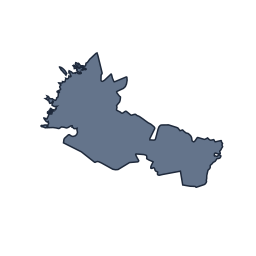 map outline of Astrakhan' (Albers equal-area conic projection), rotated 150°
{"feature_id": "RUS-2388", "entity_name": "Astrakhan'", "entity_type": "Region", "adm_level": 1, "iso_a3": "RUS", "parent_name": "Russia", "parent_adm1": "", "projection": "albers", "projection_center": [47.293, 47.158], "detail": "fine", "context": "isolated", "style": "filled", "palette": "slate", "viewbox_px": 256, "rotation_deg": 150, "n_neighbors": 0, "source": "natural_earth", "source_scale": "10m", "svg_char_len": 5928}
<svg xmlns="http://www.w3.org/2000/svg" viewBox="0 0 256 256"><g transform="rotate(150 128 128)"><path d="M109.1,51.3L104.2,64.4L121.1,70.4L124.4,71.4L125.1,71.9L125.6,72.6L125.6,73.1L125.1,74.1L124.3,75.0L124.5,75.4L125.4,76.6L125.7,77.6L125.3,79.3L125.3,80.3L125.8,80.9L127.6,81.1L128.3,81.8L127.8,82.8L126.4,84.0L123.2,86.1L123.5,86.7L125.8,89.7L127.1,91.9L127.0,92.4L126.4,93.1L125.8,94.6L125.9,95.2L126.5,96.0L127.6,97.1L134.0,101.5L134.5,101.4L134.8,100.4L135.0,98.1L135.0,95.0L135.1,94.2L135.8,93.8L136.5,93.8L143.9,97.3L157.4,97.0L159.7,98.1L161.8,99.9L168.4,110.9L170.1,113.3L171.1,114.2L172.3,114.6L173.6,114.7L174.1,115.1L180.3,130.7L191.3,147.4L189.4,149.9L188.3,150.8L183.0,151.9L182.1,151.5L181.2,149.6L180.6,148.8L179.9,148.2L177.8,147.6L175.7,148.0L173.9,149.5L173.1,152.1L172.2,153.2L173.6,153.6L174.9,154.3L175.2,154.9L175.5,156.3L176.1,156.7L175.3,157.9L176.4,158.4L179.7,158.4L181.1,158.7L182.0,159.5L183.0,160.6L185.1,162.2L187.8,162.0L188.6,162.4L190.1,163.9L192.7,165.9L199.6,169.6L200.9,171.3L202.1,172.3L202.4,172.8L202.2,173.4L201.6,173.5L200.4,172.7L198.6,172.2L197.3,171.5L196.6,170.6L197.5,169.7L196.9,169.3L196.5,169.6L195.8,170.8L194.7,171.4L194.3,171.9L194.5,172.6L194.0,173.0L193.8,173.6L194.8,173.6L195.4,174.2L195.7,175.1L196.0,178.3L195.8,178.7L195.1,178.1L194.2,176.7L193.8,176.4L193.2,176.5L192.5,177.5L191.6,177.7L190.3,178.9L189.5,179.3L189.5,179.6L190.3,181.0L189.8,182.0L189.5,182.2L189.3,181.9L189.2,180.9L188.8,179.8L188.3,179.0L187.6,178.6L187.9,180.3L187.9,181.1L187.4,180.6L186.7,179.4L186.1,179.0L185.9,179.4L186.6,180.2L187.2,181.5L187.5,182.6L186.9,182.8L186.3,182.1L186.0,181.1L185.4,180.3L184.5,180.1L185.5,181.3L185.8,182.1L185.8,183.2L185.5,183.7L185.2,183.7L184.9,183.3L184.8,182.7L184.2,181.7L182.9,180.6L181.8,180.1L181.3,180.8L181.1,180.8L180.8,180.5L180.5,180.6L180.2,181.2L180.0,182.1L178.7,182.3L180.9,183.3L182.4,185.6L181.7,186.8L180.4,187.5L179.5,188.2L179.8,188.9L180.6,188.3L181.4,188.1L182.8,188.2L183.3,188.4L183.4,189.0L183.3,189.6L182.9,190.6L183.0,191.0L183.5,191.6L183.5,192.3L184.4,193.8L184.8,194.7L183.8,194.2L183.1,194.7L182.3,194.9L182.1,195.2L182.1,196.2L181.4,195.4L181.1,194.4L181.2,193.4L181.9,192.7L181.2,192.7L180.8,192.5L179.7,191.5L179.0,191.3L178.9,191.2L178.6,190.3L177.7,188.9L176.9,188.2L176.3,188.4L175.1,189.1L174.7,189.8L173.2,189.9L172.1,191.1L170.7,193.6L170.1,193.1L169.6,193.2L169.4,193.5L169.6,194.1L171.2,194.4L171.4,194.8L170.9,195.2L167.5,195.0L167.0,195.2L166.8,195.6L166.8,197.1L166.6,197.8L166.3,198.1L165.6,198.5L164.7,198.7L164.6,198.9L164.7,199.6L165.4,200.9L165.4,201.7L163.2,200.2L162.0,200.0L161.5,201.0L160.0,199.7L159.6,199.6L159.0,199.9L158.4,200.8L157.5,201.3L157.3,201.6L157.1,202.2L156.2,201.1L155.7,200.7L154.3,201.2L153.1,202.6L153.0,202.4L152.4,201.2L151.8,201.1L151.4,201.4L151.3,202.0L151.3,203.3L150.9,204.4L151.0,204.9L151.6,205.2L151.1,206.3L150.4,207.0L148.9,204.8L148.5,203.2L148.0,202.8L146.9,202.5L146.3,201.8L145.9,202.2L144.9,202.0L144.5,201.3L144.1,200.3L143.3,199.4L141.9,198.8L141.2,198.7L140.9,199.2L141.0,200.2L141.3,200.3L141.8,200.1L142.3,200.1L142.3,200.3L142.8,201.4L143.5,201.9L143.4,203.0L143.5,203.8L142.9,204.0L143.1,204.6L142.9,205.5L143.4,205.9L144.8,206.3L144.2,207.8L144.2,208.5L144.5,209.5L143.6,209.5L143.2,209.0L142.6,207.0L142.1,206.1L140.5,204.1L140.1,203.9L138.4,204.0L137.5,203.0L136.6,202.7L136.8,202.2L137.4,201.5L139.2,201.5L138.4,200.8L136.4,200.6L136.0,199.9L135.4,199.7L134.9,199.8L134.8,200.3L134.9,200.7L135.9,201.7L136.0,202.9L136.5,203.6L137.2,203.6L137.9,204.7L139.6,204.9L140.3,205.2L140.9,206.0L140.8,206.4L141.6,209.1L141.6,209.5L141.5,209.8L140.6,210.7L139.9,210.0L139.4,208.9L139.4,207.8L138.9,208.2L138.8,208.9L138.9,209.2L138.6,208.9L138.3,208.4L138.0,205.9L137.8,205.5L136.1,204.6L134.8,203.3L134.2,203.1L133.3,203.5L132.0,205.1L130.3,205.1L126.7,206.7L118.5,208.6L117.3,208.5L117.9,205.6L122.8,188.9L123.3,188.0L124.5,187.5L125.2,186.7L127.5,182.9L127.6,182.3L127.5,181.8L127.1,181.3L126.5,181.1L124.5,181.1L115.7,183.2L115.6,182.3L116.6,178.8L117.0,175.2L116.8,174.9L116.3,174.7L104.0,173.1L103.6,172.5L104.9,169.8L107.3,166.9L109.6,165.2L112.1,164.6L119.3,165.2L119.8,165.0L120.0,163.9L119.7,161.0L119.4,159.6L119.0,158.8L119.3,158.1L120.8,156.1L122.2,154.8L126.7,153.1L127.3,151.3L127.9,150.7L128.9,149.4L128.7,148.7L126.6,145.5L126.4,144.6L125.9,143.9L125.4,143.6L124.7,143.6L122.0,143.8L121.5,143.6L121.1,143.2L119.2,138.1L118.9,137.6L118.5,137.3L115.8,136.7L114.6,136.0L113.9,134.2L112.8,132.9L112.1,131.7L110.3,127.9L109.7,126.4L107.9,122.4L106.8,120.7L106.1,119.4L104.9,116.2L104.8,115.5L104.8,114.9L104.9,114.5L105.3,114.0L114.4,107.9L115.0,106.8L111.9,104.7L110.8,104.3L110.2,104.4L109.4,105.0L102.7,111.8L100.6,113.5L99.1,114.0L98.5,114.1L97.4,113.8L91.3,110.4L85.8,104.4L84.8,103.1L84.3,99.7L83.8,99.5L81.8,99.1L81.6,98.8L81.2,97.1L80.3,94.9L79.6,94.0L78.9,93.5L78.5,92.8L77.8,90.7L77.6,89.5L77.8,87.7L78.9,84.9L78.8,84.5L78.3,83.4L77.8,83.1L76.7,83.2L72.9,85.0L72.3,84.9L67.6,80.0L66.8,79.7L64.0,79.6L63.6,77.8L62.8,76.3L62.4,76.0L59.6,75.1L59.5,74.3L59.6,73.0L59.5,72.6L59.3,72.4L53.7,70.6L53.6,70.4L53.6,70.0L54.0,69.2L54.1,68.5L53.8,67.7L53.8,67.4L54.9,66.5L55.2,66.1L55.3,64.8L55.4,64.5L55.7,64.3L57.3,63.5L58.3,62.7L60.1,62.1L60.4,61.5L60.6,60.3L60.9,59.8L62.7,60.3L64.7,62.5L65.2,62.7L66.0,62.5L67.0,61.0L67.0,60.5L66.3,60.2L65.7,59.4L65.1,59.0L64.6,58.9L63.0,59.3L62.5,59.1L61.6,58.0L61.5,57.5L61.6,57.2L62.6,56.4L63.2,56.1L64.7,56.2L66.1,57.0L69.2,55.6L71.5,55.6L73.0,55.0L75.4,54.5L75.8,54.1L76.3,53.0L77.5,52.0L79.6,51.5L80.2,51.1L83.6,47.4L85.1,44.9L86.3,43.6L86.8,42.3L87.4,41.8L88.9,41.0L90.4,40.9L98.4,42.5L98.7,42.7L99.1,43.8L99.5,44.1L103.3,46.5L109.1,51.3ZM156.8,211.4L156.9,214.9L156.8,215.1L156.6,215.0L155.5,213.7L154.9,212.5L154.3,210.7L153.9,208.9L153.8,206.2L153.9,205.7L154.6,205.5L155.3,204.8L155.5,205.3L155.4,206.1L156.1,208.2L156.3,209.9L156.8,211.4Z" fill="#64748b" stroke="#1e293b" stroke-width="1.5"/></g></svg>